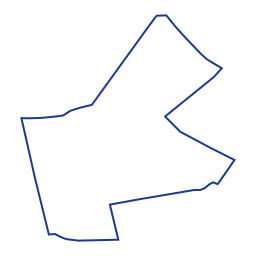 Draganesti-Vlasca, Teleorman, Romania
{"feature_id": "2599482B23402185147760", "entity_name": "Draganesti-Vlasca", "entity_type": "district", "adm_level": 2, "iso_a3": "ROU", "parent_name": "Romania", "parent_adm1": "Teleorman", "projection": "natural_earth1", "projection_center": [25.499, 44.111], "detail": "fine", "context": "isolated", "style": "outline", "palette": "blue", "viewbox_px": 256, "rotation_deg": 0, "n_neighbors": 0, "source": "geoboundaries", "source_scale": "gbopen_adm2", "svg_char_len": 671}
<svg xmlns="http://www.w3.org/2000/svg" viewBox="0 0 256 256"><path d="M48.9,234.5L54.8,234.0L60.6,236.9L61.2,237.2L64.3,238.4L66.2,239.1L74.8,240.2L78.3,240.6L102.0,240.1L109.9,239.9L118.3,239.7L109.9,204.6L140.1,199.1L194.0,190.0L200.4,189.9L204.5,188.3L209.4,184.3L213.1,182.3L217.6,184.1L218.0,183.7L234.5,160.0L211.1,148.2L180.3,131.8L165.1,116.5L188.9,97.2L213.5,77.3L221.8,68.3L206.9,59.3L200.2,53.2L185.0,37.2L176.2,27.5L166.3,15.4L156.7,15.7L155.0,17.7L146.5,29.3L91.9,104.8L80.5,107.6L70.3,110.8L63.1,115.5L55.5,116.5L47.6,117.3L41.2,117.9L29.2,118.3L21.5,118.1L21.5,118.5L34.8,177.3L48.8,234.2L48.9,234.5Z" fill="none" stroke="#1e3a8a" stroke-width="2"/></svg>